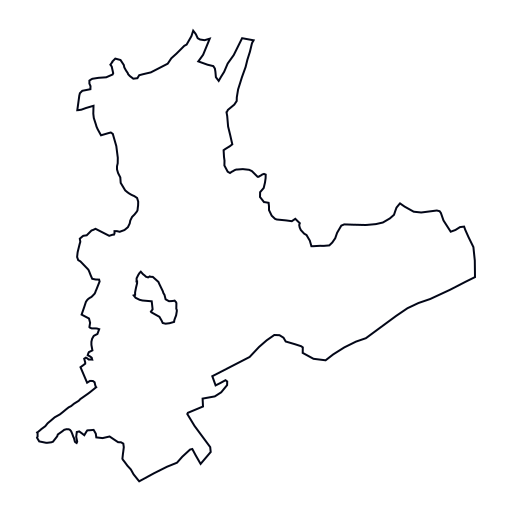 Faqus, Ash Sharqiyah, Egypt
{"feature_id": "37247803B31970739059734", "entity_name": "Faqus", "entity_type": "district", "adm_level": 2, "iso_a3": "EGY", "parent_name": "Egypt", "parent_adm1": "Ash Sharqiyah", "projection": "natural_earth1", "projection_center": [31.817, 30.749], "detail": "fine", "context": "isolated", "style": "outline", "palette": "ink", "viewbox_px": 512, "rotation_deg": 0, "n_neighbors": 0, "source": "geoboundaries", "source_scale": "gbopen_adm2", "svg_char_len": 5840}
<svg xmlns="http://www.w3.org/2000/svg" viewBox="0 0 512 512"><path d="M53.6,440.9L57.2,436.3L57.8,434.5L61.9,431.6L63.2,430.6L64.2,429.8L66.5,429.2L68.8,429.3L70.0,429.9L71.1,431.2L72.2,433.7L73.3,436.8L73.9,437.9L74.4,439.8L74.9,441.7L75.5,442.3L76.6,443.0L77.2,441.7L76.2,436.8L76.8,432.0L78.1,431.7L79.2,431.4L82.2,433.6L84.3,435.2L84.7,434.5L86.5,431.5L87.3,430.4L88.3,430.3L90.2,430.2L93.6,429.9L94.5,431.4L95.8,433.7L96.3,437.4L102.6,438.1L109.6,436.5L113.9,439.4L118.1,442.2L121.0,442.3L123.3,443.6L123.8,447.2L123.2,452.1L123.0,453.3L122.4,458.8L123.1,460.0L123.5,460.5L124.6,461.9L127.4,465.7L130.8,469.4L133.6,474.4L134.1,475.0L138.1,480.0L139.2,481.3L154.3,473.1L167.1,466.7L177.0,462.7L182.3,456.7L190.0,449.6L190.7,449.4L192.3,449.0L195.6,455.2L200.6,463.9L210.7,452.0L210.2,447.1L194.5,425.9L187.3,414.0L187.9,412.8L203.0,406.5L202.6,398.6L214.8,396.4L221.2,392.3L227.1,385.1L227.2,381.5L225.5,380.2L220.2,383.1L215.6,385.4L212.3,376.2L249.6,357.0L259.1,346.9L266.7,340.3L274.3,335.0L279.5,335.2L283.5,337.7L285.7,341.5L294.9,344.2L301.1,346.2L302.8,347.4L302.7,352.9L313.5,358.8L325.6,360.3L333.2,354.4L344.3,347.4L356.0,341.6L365.9,338.2L377.0,330.0L396.3,315.8L407.5,308.2L414.3,305.0L415.1,304.6L418.5,303.0L430.2,299.0L450.0,289.8L465.7,281.7L475.0,277.1L474.8,260.6L473.4,247.1L468.5,237.1L465.2,229.7L464.1,226.6L460.0,227.1L455.4,230.0L450.7,231.7L443.5,220.5L440.9,213.0L439.6,211.2L436.8,210.5L421.2,212.5L413.7,211.7L404.6,206.6L400.0,203.4L399.2,204.3L396.5,207.6L395.2,211.2L394.0,214.8L389.9,218.4L382.9,222.5L375.9,224.1L367.2,224.9L365.5,225.0L360.9,224.9L357.5,224.8L352.8,224.7L347.7,224.5L344.2,224.4L342.8,225.0L341.3,225.6L337.1,232.8L335.2,238.3L334.0,240.0L332.3,242.5L329.3,245.4L323.5,245.9L320.1,245.8L313.2,246.2L311.4,246.2L309.8,240.6L308.7,238.8L306.5,235.0L304.2,233.7L300.8,230.0L299.7,227.5L299.2,225.0L299.8,223.2L297.6,221.1L295.3,218.8L291.8,221.2L286.0,220.4L276.8,219.5L275.1,218.9L271.7,215.7L269.0,210.1L269.0,206.5L268.6,202.8L264.5,202.1L264.0,202.1L260.0,197.0L260.1,192.8L260.1,192.2L263.7,188.0L265.0,182.5L265.6,178.2L265.7,174.6L265.0,174.3L264.0,173.9L262.3,174.5L260.5,175.7L259.3,176.2L258.7,176.8L257.6,176.8L251.9,171.1L249.1,169.8L242.8,169.1L237.6,169.5L236.4,169.5L234.7,170.1L232.9,171.2L231.7,171.8L230.0,173.0L227.7,171.7L224.4,165.5L224.5,160.6L224.0,156.9L223.6,150.2L225.3,149.0L230.0,146.1L232.3,144.3L231.1,139.1L230.2,135.1L228.1,126.5L227.2,116.0L226.5,112.2L226.9,111.9L227.9,109.9L234.3,104.6L236.7,101.0L236.8,97.3L238.1,89.4L240.0,83.4L241.9,77.3L245.6,67.0L247.4,59.7L249.9,51.8L251.8,43.9L252.4,42.2L253.0,41.5L253.6,40.3L242.1,38.2L235.5,51.5L233.7,55.1L227.7,63.5L224.1,71.9L221.1,76.7L218.7,80.9L215.9,77.2L215.4,71.7L215.0,69.3L214.9,68.6L213.3,66.1L207.5,64.7L198.3,61.4L203.1,54.8L208.3,42.2L209.7,38.7L204.6,40.2L200.0,39.5L197.7,38.2L196.0,34.5L195.3,33.4L193.2,30.7L191.4,36.2L186.6,44.6L184.3,45.8L176.4,53.7L173.5,56.3L171.3,58.3L167.7,63.7L154.7,70.4L150.8,72.4L145.6,73.6L142.7,74.3L140.4,74.9L139.2,75.2L137.4,78.2L133.3,78.7L131.9,77.6L129.9,76.1L128.2,74.3L127.7,73.0L126.0,70.5L124.3,67.4L123.8,65.0L120.5,60.0L115.3,58.6L112.3,61.6L112.3,62.2L111.7,62.8L111.3,63.5L110.4,64.7L111.7,66.5L113.2,73.2L112.6,74.5L106.2,77.3L98.7,77.8L96.7,78.1L92.3,78.8L91.2,79.4L89.4,80.6L89.4,83.6L90.5,86.1L90.4,89.2L82.3,90.8L79.9,93.2L79.3,95.6L77.3,110.2L78.5,110.1L81.3,109.7L86.0,108.0L92.1,106.2L93.5,105.8L93.3,113.7L93.8,118.0L96.0,124.8L96.5,126.6L97.6,129.1L101.0,135.3L108.5,133.1L110.8,132.5L112.8,133.9L116.3,146.1L117.8,157.8L117.7,163.3L117.0,166.3L117.0,169.4L118.1,173.1L120.3,177.4L120.7,182.9L125.2,190.4L127.5,192.3L129.2,193.5L131.4,194.8L132.9,195.5L134.3,196.1L137.1,198.0L138.2,201.7L138.1,205.4L137.8,207.6L137.5,210.3L136.9,211.5L134.5,214.5L132.1,216.9L130.3,220.5L129.7,223.5L127.9,227.2L124.9,229.7L124.3,230.1L121.0,231.3L119.7,231.8L116.8,231.1L114.5,231.1L114.5,233.5L113.9,234.7L112.7,234.7L109.2,235.8L95.5,228.8L93.2,229.9L91.5,230.5L86.7,235.3L83.3,235.8L82.6,236.3L79.8,238.7L80.3,241.8L79.6,244.2L77.8,251.5L77.6,252.5L77.3,255.2L77.1,257.0L78.2,260.1L80.4,261.4L88.3,269.6L88.9,270.8L89.4,272.0L90.6,275.1L92.2,278.8L95.6,279.5L99.1,279.6L99.6,281.5L96.3,289.8L95.9,290.6L95.3,292.3L94.7,293.6L93.0,295.4L91.5,296.9L90.5,297.5L90.0,297.7L88.3,298.9L87.1,300.1L85.9,301.9L84.3,306.8L81.6,314.6L83.3,315.5L89.0,318.5L90.1,322.8L89.4,327.1L90.0,327.7L91.7,328.4L95.2,328.4L96.9,328.5L99.2,329.2L98.7,330.5L97.4,334.0L95.0,335.2L93.9,335.8L93.6,336.1L92.1,338.8L91.4,341.8L91.4,343.0L91.4,344.9L92.4,350.4L88.9,352.1L88.3,353.3L87.7,355.2L88.8,355.8L90.0,356.4L91.7,357.7L91.8,358.2L92.2,359.6L91.1,359.5L88.7,359.5L87.0,358.2L85.9,357.6L84.2,358.7L85.2,362.4L85.2,363.7L82.7,365.6L80.5,367.2L87.1,382.7L90.0,380.9L92.9,381.0L94.1,381.9L94.6,382.3L95.1,384.7L95.7,386.6L96.2,387.2L90.0,392.2L88.0,393.7L81.3,398.4L80.4,399.0L78.7,400.8L74.0,403.7L71.1,406.1L68.7,407.3L65.8,409.6L62.8,412.1L59.9,414.4L54.7,417.3L47.6,423.3L45.3,426.2L41.2,429.2L40.6,429.8L37.7,432.2L37.1,432.5L37.6,433.4L37.6,436.5L37.0,437.7L39.2,441.4L46.1,442.8L47.2,442.8L51.3,442.3L53.0,441.7L53.6,440.9ZM145.9,276.7L148.1,277.4L149.8,276.4L150.5,276.8L152.8,276.9L158.4,281.9L159.5,284.4L162.8,291.2L163.4,293.1L164.5,294.9L165.6,299.3L167.7,300.5L169.0,301.2L171.2,301.1L173.3,300.9L174.6,300.6L176.1,302.3L176.4,303.2L176.3,308.7L176.8,310.0L176.8,311.2L176.1,315.4L174.9,318.5L174.3,320.3L174.1,321.9L169.6,323.2L165.6,323.7L162.7,323.0L161.6,320.6L159.4,316.8L151.9,312.6L151.4,312.3L150.9,311.7L152.6,309.3L151.9,302.9L151.7,301.3L142.5,300.5L139.6,299.8L135.6,297.8L133.7,295.4L135.1,294.9L135.1,294.2L135.1,292.3L135.8,288.7L136.1,287.3L137.1,283.2L137.1,282.0L137.1,281.4L136.5,281.4L136.6,280.0L136.6,278.3L138.4,274.7L139.6,272.9L140.8,271.7L143.0,274.2L144.7,275.5L145.9,276.7Z" fill="none" stroke="#020617" stroke-width="2"/></svg>